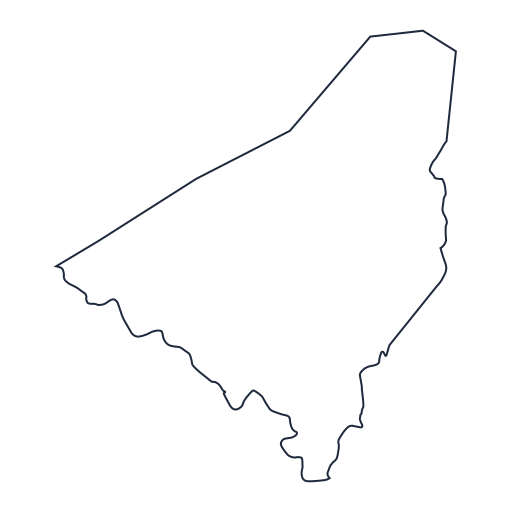 Ceguaca, Santa Bárbara, Honduras
{"feature_id": "27666195B41370347512850", "entity_name": "Ceguaca", "entity_type": "district", "adm_level": 2, "iso_a3": "HND", "parent_name": "Honduras", "parent_adm1": "Santa Bárbara", "projection": "orthographic", "projection_center": [-88.209, 14.817], "detail": "fine", "context": "isolated", "style": "outline", "palette": "slate", "viewbox_px": 512, "rotation_deg": 0, "n_neighbors": 0, "source": "geoboundaries", "source_scale": "gbopen_adm2", "svg_char_len": 6065}
<svg xmlns="http://www.w3.org/2000/svg" viewBox="0 0 512 512"><path d="M56.1,266.3L59.2,267.0L60.4,267.5L61.1,267.8L61.6,268.2L62.2,268.8L62.5,269.2L62.9,269.8L63.1,270.5L63.5,271.9L63.8,273.3L63.9,274.8L63.8,276.8L63.9,277.5L64.0,278.0L64.3,278.9L64.7,279.7L65.4,280.6L66.0,281.3L67.8,282.8L69.2,283.8L73.7,286.0L77.4,288.0L81.1,290.8L84.3,293.0L85.2,293.6L85.4,294.0L85.8,294.8L86.3,296.2L86.4,297.0L86.2,298.2L86.2,298.8L86.3,299.6L86.6,300.7L86.9,301.5L87.3,302.4L87.6,302.8L88.1,303.1L88.9,303.5L90.1,303.7L91.1,303.8L93.8,303.8L94.9,303.9L96.6,304.4L98.2,305.0L100.3,304.9L101.7,304.7L102.8,304.5L103.7,304.2L104.5,303.9L105.5,303.4L106.6,302.7L108.9,301.1L109.8,300.5L111.3,299.8L112.4,299.4L113.3,299.3L114.1,299.5L114.9,299.8L115.7,300.4L116.4,301.1L117.0,301.8L117.5,302.5L117.8,303.2L119.5,308.0L121.8,314.9L123.1,318.0L124.2,320.3L131.4,332.8L132.0,333.6L132.7,334.3L133.5,335.0L134.2,335.5L135.6,336.2L136.9,336.5L138.1,336.6L139.5,336.5L142.3,335.9L144.7,335.1L147.2,334.2L150.6,332.5L152.0,331.8L153.3,331.4L155.6,330.8L157.1,330.6L158.2,330.5L159.3,330.6L160.4,330.8L161.2,331.1L161.5,331.3L161.8,331.7L162.3,333.1L162.8,334.9L163.2,337.3L163.6,338.7L164.2,339.9L165.2,341.6L166.2,342.9L167.1,343.8L167.8,344.4L169.0,345.1L170.0,345.5L171.2,345.9L172.2,346.1L175.3,346.6L178.4,346.9L179.4,347.1L180.1,347.4L181.2,347.9L182.0,348.5L188.6,353.2L189.2,353.8L189.7,354.6L190.2,355.7L190.6,356.7L191.6,360.5L192.0,363.2L192.3,364.4L192.6,365.0L193.0,365.6L194.5,367.3L196.9,369.6L199.4,371.9L205.3,376.6L209.4,379.9L211.1,381.2L211.6,381.6L212.3,381.8L212.8,381.9L214.1,381.9L214.9,382.0L215.5,382.2L216.2,382.6L217.4,383.3L218.2,383.8L218.7,384.3L219.6,385.3L220.5,386.5L222.5,389.8L222.9,390.3L223.5,390.9L223.9,391.1L224.8,391.4L225.0,391.7L225.1,391.9L225.1,392.1L225.0,392.4L224.4,392.8L223.7,393.3L224.7,395.7L227.4,400.7L229.3,404.3L229.8,405.2L230.4,406.2L231.3,407.2L232.2,408.2L232.9,408.8L233.7,409.1L234.7,409.4L235.7,409.5L236.8,409.4L237.9,409.0L238.8,408.5L239.9,407.8L241.0,407.0L241.8,406.1L242.5,405.0L242.9,404.0L243.5,402.1L244.1,400.9L245.3,399.0L246.6,397.2L249.7,393.6L251.6,391.6L252.2,391.0L252.7,390.7L253.2,390.5L253.7,390.5L254.0,390.6L255.3,391.3L257.2,392.5L259.6,394.3L261.3,395.8L261.8,396.2L262.3,396.8L262.8,397.6L265.8,403.0L269.1,408.1L270.1,409.4L270.8,410.0L271.4,410.4L272.7,411.1L275.4,412.2L281.3,414.2L283.2,414.7L286.6,415.5L287.5,415.8L288.5,416.5L288.9,416.8L289.2,417.2L289.5,417.7L289.7,418.2L289.8,419.1L290.1,421.5L290.4,423.4L291.2,426.4L291.7,427.7L292.1,428.5L292.6,429.2L293.8,430.5L294.8,431.3L295.2,431.5L295.9,431.7L296.2,431.9L296.4,432.0L296.7,432.3L296.9,432.8L296.9,433.3L296.9,433.7L296.7,434.2L296.5,434.6L295.5,435.5L294.2,436.4L292.4,437.3L291.6,437.6L287.2,438.3L284.5,438.8L284.0,439.0L283.7,439.2L282.9,439.8L282.1,440.6L281.5,441.5L281.1,442.4L280.9,443.3L280.9,444.3L281.1,445.2L281.6,446.4L282.2,447.5L283.7,449.7L284.8,451.3L287.0,454.0L287.4,454.5L288.1,455.1L288.7,455.6L289.4,456.0L290.3,456.5L291.4,456.9L292.3,457.2L293.5,457.4L294.5,457.5L295.3,457.5L296.1,457.4L297.4,457.1L298.6,457.1L299.9,457.3L301.0,457.6L301.4,457.7L301.7,458.1L302.1,458.9L302.3,460.8L302.4,462.1L302.5,466.0L302.5,467.3L302.4,468.3L301.8,470.8L301.6,472.3L301.6,473.4L301.8,475.1L302.1,476.8L302.3,477.5L302.6,478.2L303.0,478.8L303.3,479.2L303.7,479.6L304.3,480.1L304.9,480.5L305.6,480.8L306.7,481.1L307.6,481.2L310.2,481.3L313.2,481.2L319.4,480.7L324.7,480.1L325.6,479.9L326.6,479.6L327.7,479.2L328.4,478.8L329.6,478.2L329.1,477.6L328.5,476.8L328.1,476.1L327.7,475.2L327.6,474.6L327.5,473.9L327.5,473.2L327.6,472.7L329.3,468.2L330.2,465.9L330.5,465.3L331.6,464.0L332.9,462.4L333.8,461.6L334.8,460.8L335.6,460.0L336.4,458.8L336.9,458.0L337.2,456.8L337.7,454.7L338.4,450.4L338.8,448.2L338.8,446.3L338.8,444.9L338.7,444.1L338.3,442.7L338.3,442.0L338.4,441.1L338.7,439.9L339.3,438.6L341.3,435.3L343.5,432.0L345.4,429.7L346.1,428.9L346.9,428.1L347.7,427.3L348.6,426.7L349.6,426.2L350.4,425.9L351.1,425.8L352.2,425.7L358.0,426.9L360.1,427.3L361.0,427.4L361.5,427.3L361.8,427.1L362.1,426.7L362.3,426.4L362.3,425.7L362.2,425.1L362.0,424.5L361.3,423.2L360.9,422.4L360.0,419.8L359.8,419.1L359.9,418.2L360.2,416.7L360.3,415.2L360.5,414.7L361.2,413.9L361.5,413.3L361.7,412.4L361.8,410.8L362.0,409.9L362.4,408.8L363.0,407.6L363.2,407.1L363.4,406.4L363.4,405.3L363.3,403.1L363.1,400.3L362.6,395.4L361.9,389.8L361.8,386.7L361.7,385.6L359.9,375.5L359.9,374.7L360.0,374.1L360.2,373.5L360.5,372.9L360.9,372.2L361.4,371.6L362.9,370.0L364.4,368.7L365.8,367.8L367.3,367.1L368.8,366.5L370.4,366.1L373.6,365.5L375.7,364.9L376.5,364.6L377.2,364.2L378.2,363.4L378.8,362.7L379.1,362.0L379.2,361.4L379.3,360.1L379.4,359.1L379.8,357.1L380.6,354.3L381.2,352.7L381.6,352.1L381.8,351.9L382.1,351.8L382.4,351.7L382.8,351.8L383.2,352.0L383.5,352.3L383.9,353.0L385.3,355.7L385.5,355.8L385.9,355.8L386.2,355.4L386.5,355.1L386.7,354.5L388.7,347.5L389.5,345.1L436.8,286.2L438.4,284.5L440.1,282.4L440.9,281.2L441.7,280.0L444.3,275.0L445.2,273.1L445.7,271.6L446.1,269.9L446.3,268.4L446.2,266.9L445.9,265.1L445.4,263.4L443.2,257.2L441.7,252.4L440.5,248.1L441.4,247.6L442.4,246.7L443.5,245.6L444.3,244.5L445.0,243.4L445.5,242.2L445.9,241.1L446.1,240.0L446.0,238.6L445.7,234.8L445.6,231.3L445.7,227.7L445.7,226.8L445.9,225.9L446.2,225.0L446.6,223.9L446.8,223.2L446.8,222.5L446.8,221.6L446.5,220.1L445.7,217.8L444.9,216.1L443.7,214.0L443.2,212.8L442.7,210.9L442.5,210.1L442.5,209.2L442.5,208.0L443.2,203.5L443.6,200.0L443.7,198.9L444.0,197.9L444.6,196.5L444.9,195.8L445.5,195.0L445.7,194.2L445.7,193.7L445.6,191.8L445.1,187.3L444.4,184.0L444.0,182.8L443.3,181.1L442.2,179.0L440.3,179.0L439.0,178.9L436.3,178.5L435.6,178.2L435.0,178.0L434.8,177.7L434.5,177.4L434.2,176.4L433.8,175.8L432.1,173.7L430.8,172.2L430.3,171.6L429.9,170.8L429.8,170.2L429.8,169.6L429.9,169.0L430.0,168.2L430.7,166.4L431.4,164.8L432.8,162.1L433.9,160.6L435.3,159.0L435.9,158.2L441.2,149.6L442.6,146.9L443.5,145.4L445.0,143.1L446.5,141.2L455.9,51.3L422.9,30.7L370.3,36.6L289.9,130.8L196.1,178.9L98.1,241.2L56.1,266.3Z" fill="none" stroke="#1e293b" stroke-width="2"/></svg>